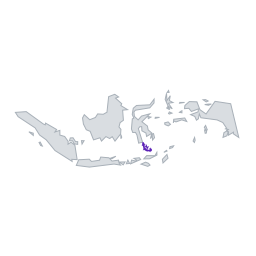 Kepulauan Selayar, Sulawesi Selatan, Indonesia (highlighted), rotated 346°
{"feature_id": "22746128B1615833901652", "entity_name": "Kepulauan Selayar", "entity_type": "district", "adm_level": 2, "iso_a3": "IDN", "parent_name": "Indonesia", "parent_adm1": "Sulawesi Selatan", "projection": "natural_earth1", "projection_center": [120.768, -6.627], "detail": "fine", "context": "in_parent", "style": "filled", "palette": "violet", "viewbox_px": 256, "rotation_deg": 346, "n_neighbors": 0, "source": "geoboundaries", "source_scale": "gbopen_adm2", "svg_char_len": 6095}
<svg xmlns="http://www.w3.org/2000/svg" viewBox="0 0 256 256"><g transform="rotate(346 128 128)"><path d="M88.8,104.5L92.9,110.7L98.9,109.9L102.0,107.0L107.3,108.7L111.4,107.6L116.8,92.9L123.3,92.1L126.4,95.6L123.1,96.0L127.8,102.9L126.5,104.5L132.0,110.1L127.1,109.4L125.4,119.4L121.6,120.9L119.5,124.8L120.8,127.6L119.4,132.0L112.2,137.6L110.6,132.6L107.7,133.8L104.5,131.0L99.1,134.3L98.4,130.7L91.7,131.2L90.5,122.1L87.1,119.6L85.7,113.4L86.3,107.3L88.8,104.5ZM22.5,85.6L33.2,87.5L46.8,103.6L48.5,104.9L49.2,103.3L58.4,112.2L56.1,114.2L61.3,113.8L60.2,118.4L64.5,120.9L66.7,126.5L65.9,129.2L69.3,128.0L72.3,131.9L71.0,146.4L65.9,144.8L65.7,146.9L51.7,132.2L45.8,119.7L40.5,113.4L37.9,105.4L24.1,90.4L22.5,85.6ZM233.5,129.3L233.2,164.0L228.8,159.1L229.3,157.6L223.7,159.3L224.6,155.9L223.1,154.1L223.6,153.8L224.5,153.9L225.0,153.7L222.4,152.4L223.6,152.0L221.3,145.6L216.4,141.7L201.2,135.7L200.6,131.6L198.5,136.1L196.3,137.0L195.6,132.9L192.0,130.2L199.9,129.3L201.0,126.5L193.5,127.3L191.8,123.6L187.5,122.9L188.7,119.9L193.9,117.2L201.2,119.3L202.2,127.6L207.1,133.3L218.9,123.2L233.5,129.3ZM159.3,110.0L154.0,113.7L139.4,112.5L137.6,113.9L137.0,118.3L139.8,122.6L144.0,119.7L152.6,119.5L143.0,125.3L147.3,130.8L147.1,134.7L150.0,138.8L144.0,140.7L144.2,137.2L140.8,134.1L141.6,130.0L139.7,129.6L137.9,131.1L138.7,145.2L134.7,145.3L135.0,136.9L134.2,134.1L131.5,133.5L131.1,129.8L134.4,120.2L136.0,119.9L135.4,115.8L137.9,110.1L141.7,108.2L154.8,110.8L160.3,106.3L159.3,110.0ZM72.5,146.9L82.9,148.9L84.5,151.6L92.6,152.4L94.5,149.6L102.3,152.3L104.5,156.2L111.0,156.9L110.9,160.2L111.8,162.2L105.7,159.6L81.1,156.6L68.8,151.8L72.5,146.9ZM172.4,110.8L176.8,106.9L174.8,111.4L177.8,114.2L173.1,113.7L175.6,120.1L172.2,116.6L171.0,109.2L173.8,103.6L172.4,110.8ZM174.5,130.6L185.5,132.0L186.6,135.9L182.1,133.1L176.0,133.7L174.2,132.2L173.2,134.0L174.5,130.6ZM149.5,161.3L141.5,163.1L135.8,161.8L139.5,159.3L147.4,161.4L150.1,158.6L149.5,161.3ZM126.4,158.9L131.8,159.6L132.7,161.6L121.9,163.4L123.7,160.0L127.4,161.9L128.6,161.2L126.4,158.9ZM159.4,163.1L159.5,167.0L153.5,170.4L153.8,166.7L159.4,163.1ZM72.3,124.2L73.8,128.5L75.9,129.1L75.2,131.7L72.1,130.4L71.1,127.0L68.1,126.2L69.6,123.7L72.3,124.2ZM222.0,159.5L217.9,160.1L220.0,155.7L223.2,154.8L224.1,156.4L222.0,159.5ZM136.8,165.4L139.3,167.2L140.4,169.3L137.9,170.0L131.9,166.2L136.8,165.4ZM168.4,131.8L170.1,134.7L167.6,135.7L164.7,133.6L164.8,131.9L168.4,131.8ZM111.2,158.9L116.9,160.2L114.4,162.6L111.2,158.9ZM120.1,159.1L121.0,162.8L117.7,162.3L120.1,159.1ZM82.3,129.7L79.5,132.5L79.8,129.0L82.3,129.7ZM203.9,144.3L204.5,148.9L203.3,149.2L202.2,145.8L203.9,144.3ZM109.4,152.5L105.1,153.9L103.2,153.1L109.4,152.5ZM151.4,139.6L151.4,143.8L148.9,145.6L149.9,140.0L151.4,139.6ZM30.9,107.7L34.8,110.1L34.3,112.3L30.9,107.7ZM40.5,124.8L39.0,123.9L38.2,120.5L39.4,120.4L40.5,124.8ZM188.9,158.1L188.0,156.4L190.3,153.3L190.2,156.1L188.9,158.1ZM184.5,115.7L189.1,116.9L184.0,116.4L184.5,115.7ZM157.1,124.2L161.2,125.3L156.7,125.2L157.1,124.2ZM149.4,141.7L147.2,143.7L149.2,140.0L149.4,141.7ZM207.7,118.8L210.1,119.2L212.3,121.2L210.2,121.6L207.7,118.8ZM168.0,156.3L166.5,157.8L163.4,158.0L164.2,156.3L168.0,156.3ZM203.7,149.7L202.7,151.9L201.6,151.8L201.8,148.4L203.7,149.7ZM174.3,124.2L171.6,124.5L170.8,123.8L172.0,122.4L174.3,124.2ZM208.1,123.8L211.5,124.2L214.7,124.9L211.6,125.4L208.1,123.8ZM150.1,121.6L152.9,123.0L150.0,123.8L150.1,121.6ZM176.5,103.4L174.6,103.0L176.4,101.4L176.5,103.4ZM156.9,160.3L160.0,159.0L160.3,159.8L156.9,160.3ZM184.5,124.3L184.0,126.3L181.7,125.3L182.8,124.7L184.5,124.3ZM119.7,135.4L118.5,136.7L119.5,132.7L119.7,135.4ZM171.6,117.0L173.1,119.6L172.5,120.0L170.4,118.0L171.6,117.0Z" fill="#d9dde1" stroke="#a8b0b8" stroke-width="1"/><path d="M138.8,148.4L138.8,148.7L138.7,148.7L138.8,148.8L138.9,149.0L138.9,149.3L138.8,149.5L138.9,150.0L139.0,149.9L139.1,149.7L139.0,149.4L139.1,149.2L139.2,148.9L139.2,148.7L139.2,148.4L139.2,148.1L139.2,147.9L139.3,147.9L139.2,147.8L139.3,147.8L139.3,147.7L139.3,147.3L139.2,147.3L139.3,147.2L139.2,147.1L139.2,146.9L139.2,146.7L139.0,146.4L139.0,146.1L138.9,146.1L138.8,146.3L138.8,146.5L138.8,146.8L138.8,147.1L138.8,147.4L138.8,147.6L138.9,147.9L138.8,148.1L138.7,148.3L138.8,148.4ZM139.6,152.7L139.6,153.0L139.6,153.3L139.7,153.5L139.8,153.5L139.8,153.4L139.7,153.4L139.8,153.4L140.1,153.4L140.3,153.3L140.3,153.2L140.2,153.1L139.8,152.9L139.7,152.8L139.6,152.7ZM140.5,154.1L140.4,154.1L140.5,154.3L140.8,154.4L141.0,154.3L141.3,154.5L141.5,154.5L141.6,154.4L141.3,154.2L141.1,154.2L140.9,154.2L140.7,154.2L140.5,154.1ZM145.1,154.5L144.9,154.5L144.7,154.8L144.8,154.9L144.8,155.0L145.0,154.9L145.2,154.7L145.1,154.5ZM141.8,154.3L141.7,154.3L141.7,154.5L141.8,154.8L142.0,154.7L141.9,154.5L141.9,154.4L141.8,154.3ZM138.7,147.9L138.7,148.0L138.5,148.3L138.6,148.5L138.7,148.4L138.6,148.1L138.7,147.9ZM140.4,151.5L140.4,151.8L140.4,152.0L140.4,151.9L140.5,151.8L140.4,151.7L140.4,151.5ZM144.8,154.1L144.7,154.2L144.7,154.3L144.8,154.2L144.8,154.1ZM138.7,150.5L138.7,150.8L138.8,150.7L138.7,150.6L138.7,150.5ZM145.0,155.2L144.8,155.3L144.7,155.3L144.8,155.4L145.0,155.3L145.0,155.2ZM139.3,153.1L139.5,153.2L139.4,153.2L139.3,153.1ZM138.7,150.9L138.7,151.2L138.7,150.9L138.7,150.9ZM138.8,152.4L138.7,152.5L138.8,152.5L138.8,152.4ZM139.0,146.0L138.9,146.0L139.0,146.0L139.0,146.0ZM143.3,155.1L143.2,155.1L143.3,155.2L143.3,155.1ZM138.7,149.9L138.7,150.0L138.7,149.9L138.7,149.9ZM139.3,153.0L139.2,153.0L139.3,153.0ZM138.8,148.9L138.8,149.0L138.8,148.9L138.8,148.9ZM144.8,153.9L144.7,153.9L144.8,154.0L144.8,153.9L144.8,153.9ZM142.3,155.4L142.2,155.4L142.3,155.4L142.3,155.4ZM141.3,150.0L141.2,150.1L141.3,150.1L141.3,150.0ZM142.0,151.2L142.0,151.3L142.0,151.2ZM141.2,151.4L141.2,151.5L141.2,151.4ZM142.0,151.5L142.0,151.4L142.0,151.5ZM141.3,150.3L141.3,150.2L141.3,150.3ZM142.1,151.4L142.1,151.5L142.1,151.4ZM142.0,151.6L141.9,151.6L142.0,151.6ZM141.4,150.5L141.4,150.4L141.4,150.5ZM141.7,151.5L141.6,151.4L141.7,151.5ZM141.6,153.0L141.6,152.9L141.6,153.0ZM142.2,151.6L142.3,151.5L142.2,151.5L142.2,151.6Z" fill="#8b5cf6" stroke="#5b21b6" stroke-width="1.5"/></g></svg>